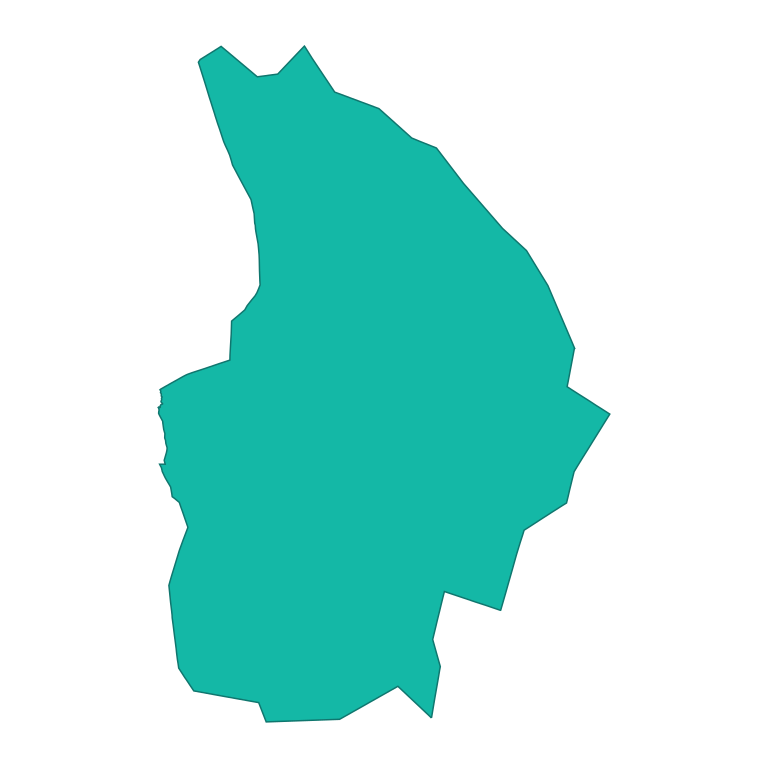 Bayanzu'rx, Ulaanbaatar, Mongolia (Albers equal-area conic projection)
{"feature_id": "93677404B78572073396815", "entity_name": "Bayanzu'rx", "entity_type": "district", "adm_level": 2, "iso_a3": "MNG", "parent_name": "Mongolia", "parent_adm1": "Ulaanbaatar", "projection": "albers", "projection_center": [107.069, 47.965], "detail": "fine", "context": "isolated", "style": "filled", "palette": "teal", "viewbox_px": 768, "rotation_deg": 0, "n_neighbors": 0, "source": "geoboundaries", "source_scale": "gbopen_adm2", "svg_char_len": 3276}
<svg xmlns="http://www.w3.org/2000/svg" viewBox="0 0 768 768"><path d="M198.4,62.2L200.0,67.2L202.3,74.5L204.8,82.4L207.0,89.6L209.4,97.5L210.6,101.2L212.4,106.9L214.5,113.5L215.2,115.9L216.3,119.3L217.6,123.4L219.7,129.4L221.1,133.7L222.9,139.2L223.7,141.6L225.3,145.4L227.7,150.5L229.7,155.2L231.3,160.5L232.5,164.9L233.2,166.3L234.6,168.9L238.5,176.3L243.6,185.8L247.1,192.3L251.0,199.5L251.1,199.9L252.9,208.3L254.1,213.5L254.2,214.7L254.7,222.9L254.8,223.4L255.3,225.4L255.5,228.9L255.9,231.7L257.2,238.8L258.1,243.8L258.5,248.0L259.1,254.9L259.3,260.1L259.5,270.5L259.9,281.2L260.1,284.9L258.8,288.3L256.9,292.8L255.8,294.6L255.1,295.8L251.6,300.0L247.2,305.6L244.8,309.9L238.3,315.5L231.6,321.1L231.3,331.2L231.2,334.4L230.6,344.2L230.4,347.9L230.0,355.4L229.9,360.1L219.6,363.5L208.7,367.2L204.6,368.6L192.3,372.6L187.6,374.3L186.0,375.0L183.3,376.4L171.3,383.1L166.0,386.1L160.6,389.2L160.0,389.8L160.4,390.1L160.8,391.3L160.5,392.7L161.3,393.7L161.3,395.3L161.3,396.1L162.1,397.0L161.5,398.2L161.7,399.7L161.4,400.4L161.0,401.5L161.4,402.5L162.5,403.4L162.5,404.0L160.8,404.8L160.3,405.6L160.3,407.2L159.9,407.5L159.0,406.9L158.2,407.5L158.6,408.1L159.1,409.9L158.8,411.4L158.6,413.2L159.0,414.3L159.6,415.5L160.7,417.6L162.7,421.3L162.8,422.9L163.7,429.4L164.5,432.2L164.9,433.6L164.7,437.9L165.6,440.6L165.6,441.0L165.9,443.6L167.1,447.7L167.1,448.3L166.9,450.3L166.4,452.7L164.2,460.3L165.2,464.2L159.6,464.2L159.8,464.6L160.3,465.6L161.1,467.1L161.4,467.6L161.9,469.8L162.3,471.6L164.5,476.3L165.4,478.1L166.9,480.7L169.7,485.4L170.6,487.0L171.1,489.7L171.8,493.8L172.2,496.7L174.5,498.4L179.3,502.4L180.8,506.9L182.4,511.3L184.7,518.0L186.8,524.1L187.9,527.3L187.6,528.2L184.5,536.4L183.2,539.8L180.7,546.7L179.7,549.4L179.1,551.2L176.1,561.1L173.7,569.0L171.4,576.5L169.9,581.7L168.9,585.4L169.6,592.3L170.6,602.4L171.7,611.4L172.1,615.3L172.2,617.8L173.3,626.1L174.6,636.6L175.0,639.5L176.2,648.9L176.5,652.1L177.4,659.4L178.0,663.1L178.3,665.2L178.7,668.1L184.9,677.7L186.4,679.8L189.7,684.8L193.8,690.9L224.1,696.4L258.7,702.6L262.7,712.9L266.2,721.9L333.7,719.5L339.6,719.3L397.9,686.3L430.1,716.6L430.3,716.8L430.9,717.5L431.6,717.3L434.5,699.9L436.6,687.9L438.6,676.4L439.6,670.3L440.3,666.6L437.2,655.6L434.4,645.6L432.7,639.5L435.8,626.6L437.1,621.1L439.6,611.0L440.8,606.0L443.1,596.6L444.4,591.5L449.1,593.1L463.7,598.0L475.8,602.1L486.0,605.4L494.2,608.2L500.4,610.3L500.7,610.2L505.4,593.9L507.4,586.8L510.1,577.3L512.5,568.9L515.4,558.5L516.7,553.9L520.1,542.8L522.6,535.1L524.1,530.2L530.8,525.9L539.7,520.1L550.7,513.0L562.3,505.6L566.5,503.0L568.1,496.5L569.7,489.6L571.6,481.8L573.2,475.3L574.1,471.7L577.3,466.4L582.7,457.6L587.8,449.5L592.0,442.7L599.6,430.5L603.5,424.2L609.8,414.1L600.9,408.4L596.1,405.4L590.5,401.7L586.9,399.4L577.9,393.7L571.2,389.4L567.1,386.7L568.3,380.7L570.2,370.6L572.5,358.5L574.4,348.3L574.6,348.3L572.3,342.8L561.8,318.2L559.6,313.1L547.9,285.6L540.9,274.2L526.5,250.6L502.5,228.4L463.4,183.3L436.4,148.0L420.4,141.6L411.7,138.0L387.2,116.0L378.9,108.6L334.7,92.1L312.2,58.4L304.8,46.6L304.7,46.5L304.4,46.1L301.1,49.5L296.8,54.0L277.7,74.1L268.6,75.3L266.7,75.6L257.3,76.8L224.7,49.4L221.1,46.4L220.5,46.8L220.1,47.0L218.6,48.0L200.2,59.5L198.4,62.2Z" fill="#14b8a6" stroke="#0f766e" stroke-width="1.5"/></svg>